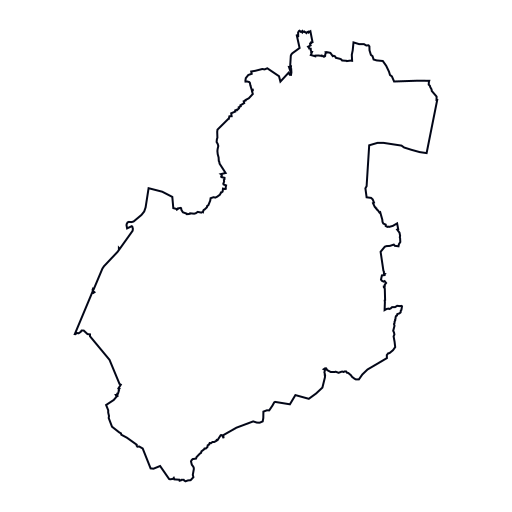 Puruándiro, Michoacán, Mexico (Equal Earth projection)
{"feature_id": "50627088B60920065239944", "entity_name": "Puruándiro", "entity_type": "district", "adm_level": 2, "iso_a3": "MEX", "parent_name": "Mexico", "parent_adm1": "Michoacán", "projection": "equal_earth", "projection_center": [-101.522, 20.12], "detail": "fine", "context": "isolated", "style": "outline", "palette": "ink", "viewbox_px": 512, "rotation_deg": 0, "n_neighbors": 0, "source": "geoboundaries", "source_scale": "gbopen_adm2", "svg_char_len": 5972}
<svg xmlns="http://www.w3.org/2000/svg" viewBox="0 0 512 512"><path d="M429.2,80.8L417.8,80.7L394.1,81.5L391.9,76.4L390.0,75.0L389.0,71.7L386.2,65.8L382.8,61.0L376.6,60.4L373.6,59.5L372.5,56.1L370.9,54.9L369.5,50.3L369.4,46.4L368.5,45.3L366.3,45.5L363.9,44.1L359.0,44.1L353.5,42.4L352.7,50.4L351.8,54.8L352.1,60.8L350.3,60.6L346.8,61.1L346.4,60.8L342.1,60.5L341.2,59.4L339.9,58.8L335.8,57.8L335.2,56.5L333.8,55.8L332.8,56.2L330.4,52.9L328.2,52.4L327.5,52.5L326.8,51.7L327.0,52.0L325.6,52.2L325.9,53.1L325.3,54.1L325.1,56.1L324.2,56.7L323.8,56.7L323.5,56.1L322.0,56.1L321.7,55.5L320.5,55.8L318.5,55.5L315.4,55.6L315.3,56.3L310.8,55.0L312.0,52.0L311.3,52.0L311.4,51.5L310.8,50.6L310.7,48.7L309.2,48.5L309.1,47.9L308.1,46.7L310.6,45.4L310.0,43.9L310.2,43.4L311.2,43.1L311.1,42.4L312.5,42.1L310.4,31.3L308.8,32.4L308.6,31.6L307.5,32.0L306.4,33.1L305.6,32.2L304.7,32.1L304.3,31.5L303.3,31.9L302.6,31.2L302.2,32.4L301.2,31.5L300.7,31.8L299.5,30.7L298.9,31.1L298.1,32.5L298.2,36.3L297.8,36.5L296.6,34.5L299.6,48.0L292.3,53.3L291.3,54.5L290.8,55.8L290.2,65.8L291.0,66.1L290.9,67.2L289.0,67.0L290.2,70.6L290.8,69.2L291.2,69.2L291.4,72.4L291.0,74.9L289.8,74.8L288.6,72.7L280.4,81.6L279.0,76.2L267.3,68.3L264.6,69.4L262.3,69.0L255.3,70.8L251.2,71.5L251.7,73.8L248.3,75.0L245.8,78.1L245.4,80.7L245.5,81.6L247.3,81.5L249.3,82.1L249.9,82.9L250.4,85.6L250.7,85.9L250.7,86.5L251.8,90.1L252.0,89.6L252.0,89.9L252.3,89.7L253.7,89.7L252.8,89.7L252.8,90.5L252.0,91.2L252.8,94.0L248.8,98.3L245.5,100.0L245.6,100.5L243.7,101.3L244.2,103.1L240.4,105.3L240.7,106.3L238.7,107.3L239.0,108.3L237.3,109.9L237.1,109.6L235.2,110.4L235.4,111.5L231.2,113.3L231.6,116.2L229.4,116.3L228.8,118.8L228.4,118.8L217.5,129.6L217.2,131.8L217.4,137.7L216.9,139.2L216.6,142.0L217.7,143.9L218.3,146.0L217.6,149.1L217.4,151.1L217.7,154.1L218.6,157.5L218.8,161.0L219.2,161.6L219.6,163.7L225.6,173.0L220.9,174.1L221.7,174.7L221.8,175.7L221.2,176.4L221.4,177.1L224.5,177.8L224.5,179.2L223.9,179.9L224.1,181.6L223.3,183.8L223.6,184.5L226.1,185.4L225.7,187.2L225.8,188.8L224.9,189.1L223.0,188.6L222.6,191.6L221.3,192.6L221.0,192.5L219.9,194.7L217.2,196.7L215.3,197.6L213.6,197.2L210.6,198.2L210.2,200.7L208.3,205.3L207.2,205.9L206.9,207.3L204.5,209.6L203.9,209.8L203.4,210.4L203.0,212.1L202.7,211.9L201.3,212.6L197.7,211.9L195.9,213.2L194.2,213.7L190.1,213.3L189.9,213.8L188.1,214.1L186.7,214.1L186.6,213.6L182.9,212.3L181.4,209.9L181.1,208.2L180.7,207.9L178.0,208.4L178.0,208.8L176.9,209.6L176.6,209.0L173.3,208.1L172.3,196.9L162.2,191.7L148.6,188.2L145.6,207.4L144.2,211.5L141.5,214.9L133.6,221.5L131.5,222.1L128.8,221.9L127.6,222.4L126.7,224.0L126.5,225.1L127.1,228.4L131.7,226.2L132.3,226.6L132.9,228.9L132.6,230.8L119.7,248.9L118.9,248.0L118.9,250.0L117.6,251.8L104.0,266.2L102.4,268.6L93.9,288.8L93.1,288.5L92.7,289.6L93.2,289.8L92.8,290.8L94.4,292.2L93.2,293.0L92.2,292.5L74.8,334.1L75.4,334.2L76.8,333.0L78.6,333.3L80.7,331.9L81.6,330.5L82.8,330.5L83.8,330.6L87.5,334.1L90.0,334.4L90.0,336.3L109.5,359.8L119.5,383.9L120.8,384.7L118.5,388.3L119.4,388.7L119.2,389.0L118.8,389.0L118.7,390.6L118.9,390.7L118.0,393.6L117.3,393.7L117.5,396.1L116.8,396.3L116.4,395.0L115.8,395.0L116.6,396.6L113.7,400.0L106.1,405.0L108.2,410.2L108.2,412.6L109.0,416.0L108.7,418.0L112.0,426.7L119.1,432.3L121.0,433.4L121.3,434.7L126.9,437.7L136.7,444.7L136.6,445.6L137.4,446.7L139.2,446.5L142.7,448.5L150.6,468.4L153.5,468.7L160.1,466.0L169.1,479.0L170.1,479.3L172.9,478.9L173.8,477.9L174.4,479.4L179.3,479.7L179.6,480.7L181.1,480.3L181.5,479.8L183.7,479.8L184.3,480.6L185.5,481.3L188.0,480.4L190.6,480.2L193.4,477.2L192.8,474.9L193.8,469.3L193.8,468.0L193.3,466.7L191.8,464.7L191.0,461.4L191.4,460.5L192.6,459.1L196.0,458.6L196.6,457.0L199.9,453.6L201.1,452.8L201.4,451.4L204.0,449.4L204.5,448.5L205.7,448.6L207.4,447.1L207.7,445.3L209.2,444.5L209.3,443.7L209.7,443.0L210.9,443.2L212.5,442.0L214.2,442.0L216.1,441.0L216.6,440.1L217.0,440.4L217.5,440.2L220.7,435.2L221.7,435.1L222.6,436.1L223.6,438.2L223.2,435.2L236.4,427.7L253.2,421.4L256.9,422.6L259.7,422.7L262.7,421.4L263.3,418.0L263.4,411.6L266.9,410.3L269.2,410.4L272.5,405.5L274.2,402.4L275.1,401.9L289.9,404.3L295.4,395.1L308.8,398.8L316.1,393.5L322.4,387.6L324.9,377.5L325.1,375.3L324.7,374.9L324.9,374.2L324.4,372.3L324.9,370.4L324.8,369.7L323.8,369.2L325.1,368.3L326.1,368.3L327.2,370.1L330.7,372.0L334.8,372.0L335.6,371.7L338.6,372.8L341.5,371.7L342.6,371.6L343.5,372.0L344.8,371.4L346.2,371.5L346.9,372.7L348.3,373.0L351.0,375.3L352.0,376.8L354.5,378.7L355.8,379.4L358.9,379.4L362.3,374.5L367.5,369.5L386.9,358.1L386.8,355.1L388.2,353.3L389.5,353.1L393.0,350.2L395.2,347.1L394.6,341.9L393.6,336.4L394.4,334.5L394.0,332.5L393.2,330.8L394.5,325.8L394.0,324.0L394.5,323.2L394.6,321.4L395.2,320.5L395.1,319.5L395.5,318.9L395.6,317.1L396.2,315.8L397.0,315.5L397.3,314.1L399.4,313.4L400.6,312.4L400.8,310.6L401.4,309.9L402.0,306.3L401.5,305.9L399.6,306.1L397.2,305.8L395.1,307.1L392.1,307.1L390.6,308.5L389.2,309.0L388.6,308.6L386.8,308.9L384.6,310.1L384.9,302.2L384.7,300.4L385.1,300.1L384.8,289.0L384.6,287.7L383.9,287.4L383.8,286.4L384.8,286.0L384.8,284.6L386.1,283.0L384.6,281.1L383.6,281.6L381.9,280.8L381.0,279.6L381.9,275.4L384.5,275.1L384.4,274.6L385.0,273.9L384.0,273.5L383.9,273.1L383.9,271.6L383.4,270.7L380.6,251.8L384.8,246.7L386.5,246.1L389.9,245.9L393.8,244.6L394.8,245.8L398.5,246.3L398.9,244.2L400.3,242.0L400.1,238.3L399.8,237.3L400.1,235.8L399.5,232.7L397.2,229.6L398.2,229.2L397.1,223.4L392.8,225.9L389.1,226.9L388.1,226.6L387.4,226.9L385.7,226.0L385.7,224.6L383.4,223.6L383.0,223.0L382.5,221.8L382.3,219.7L380.2,212.2L379.5,212.6L377.8,210.2L376.9,209.6L376.4,208.4L375.8,208.3L375.4,207.3L374.8,207.0L373.0,203.1L374.0,202.6L372.7,199.4L371.1,197.9L366.6,197.3L365.4,188.3L366.6,186.2L369.2,145.3L377.4,142.9L383.7,142.9L401.5,145.6L404.1,147.5L411.4,149.8L419.7,152.1L426.6,153.1L437.2,100.0L436.5,100.0L436.6,96.7L436.2,96.1L431.8,91.0L431.5,89.3L430.2,87.0L429.9,85.8L428.7,84.6L428.9,81.8L429.2,80.8Z" fill="none" stroke="#020617" stroke-width="2"/></svg>